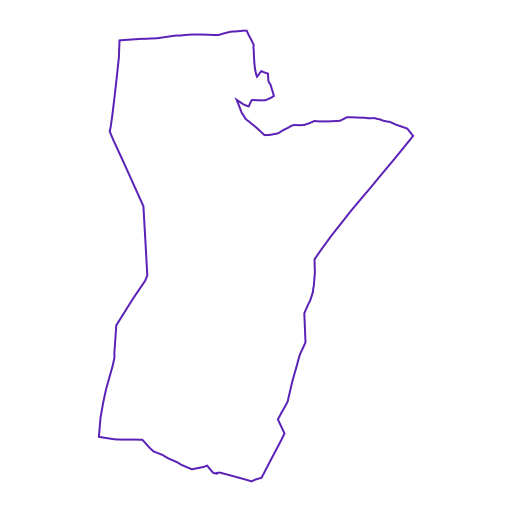 the district of Al-Baaj, Ninawa, Iraq
{"feature_id": "34846034B31604409144822", "entity_name": "Al-Baaj", "entity_type": "district", "adm_level": 2, "iso_a3": "IRQ", "parent_name": "Iraq", "parent_adm1": "Ninawa", "projection": "mercator", "projection_center": [41.748, 35.687], "detail": "fine", "context": "isolated", "style": "outline", "palette": "violet", "viewbox_px": 512, "rotation_deg": 0, "n_neighbors": 0, "source": "geoboundaries", "source_scale": "gbopen_adm2", "svg_char_len": 2472}
<svg xmlns="http://www.w3.org/2000/svg" viewBox="0 0 512 512"><path d="M357.0,117.5L354.7,117.4L347.1,117.2L340.0,120.8L328.8,121.4L319.1,121.4L314.5,121.0L308.1,123.7L306.9,124.0L304.2,125.0L299.4,125.2L294.2,125.0L291.3,125.8L288.6,127.5L284.7,129.4L282.6,130.5L278.4,133.2L275.8,133.8L273.5,134.2L271.9,134.5L270.1,134.9L264.5,135.1L262.4,133.2L259.0,130.0L255.3,126.7L254.0,125.6L250.7,123.1L248.9,121.4L246.8,120.0L245.3,118.5L244.1,116.4L241.6,112.6L239.9,108.0L237.8,102.7L236.6,99.8L239.0,101.4L243.5,104.4L246.0,105.5L248.7,106.4L251.2,100.9L252.0,100.0L259.0,100.3L265.0,100.3L267.9,99.2L269.9,98.3L272.0,97.2L273.9,95.9L272.5,91.2L271.5,88.0L270.6,84.9L268.4,81.2L268.2,78.2L268.0,73.7L263.8,72.2L262.8,71.8L261.4,71.1L259.8,73.0L258.5,74.9L257.0,76.7L256.3,74.8L255.7,72.1L255.4,70.8L254.8,67.5L254.3,62.3L253.9,55.5L253.8,50.8L253.4,47.6L253.7,44.9L252.9,43.2L250.9,39.1L248.9,35.5L246.7,30.7L243.1,30.7L236.3,31.4L233.8,31.5L232.0,31.5L231.0,31.7L227.4,32.5L222.9,33.7L218.7,35.0L214.1,35.0L206.6,34.7L201.6,34.5L197.2,34.5L192.3,34.5L189.1,34.7L185.2,35.0L179.6,35.6L176.8,35.5L173.1,35.9L169.7,36.4L165.7,37.0L160.8,37.7L159.2,38.0L156.6,38.3L150.3,38.5L146.3,38.8L142.6,38.9L139.9,38.9L134.4,39.3L128.8,39.7L125.6,39.9L124.2,40.0L119.5,40.4L118.9,57.1L117.4,71.3L116.0,83.9L114.2,99.9L112.3,115.5L110.5,127.9L109.7,131.4L113.4,140.2L123.6,162.3L143.4,206.2L145.7,246.4L147.3,275.5L145.2,280.7L133.1,298.5L116.3,325.3L114.4,352.4L114.4,357.9L112.6,366.0L106.0,389.5L103.1,403.0L100.5,417.8L98.9,436.8L105.3,437.9L115.4,439.4L123.3,439.6L136.1,439.6L142.4,439.8L150.1,448.3L153.5,451.4L162.6,455.0L167.9,458.2L177.2,462.3L181.5,464.9L191.9,469.3L203.8,466.9L207.1,465.6L211.9,471.4L213.6,473.1L216.8,473.6L216.8,472.9L220.0,472.6L244.0,479.1L248.7,480.5L251.6,481.3L253.4,480.5L255.0,479.7L261.6,477.7L266.0,469.2L271.4,458.8L275.8,450.5L280.9,440.8L284.5,433.5L277.9,419.4L281.8,412.1L284.7,407.1L287.4,402.1L287.9,400.5L289.8,392.2L291.4,385.3L292.5,380.7L297.0,364.9L298.6,358.9L299.9,354.5L303.0,347.9L305.5,342.2L304.3,313.3L306.0,309.3L308.2,304.3L310.1,300.8L312.8,292.4L313.3,288.0L313.8,286.0L314.9,272.6L314.5,259.4L320.6,250.5L331.3,235.8L341.5,222.9L350.5,211.4L361.4,198.4L370.7,187.5L380.9,175.1L395.3,157.9L410.8,138.8L413.1,135.9L407.3,128.6L401.9,126.7L395.8,124.6L389.9,121.9L387.6,121.6L382.9,120.6L379.7,119.3L377.0,118.9L374.8,118.1L368.8,118.3L363.6,117.7L360.7,117.7L357.0,117.5Z" fill="none" stroke="#5b21b6" stroke-width="2"/></svg>